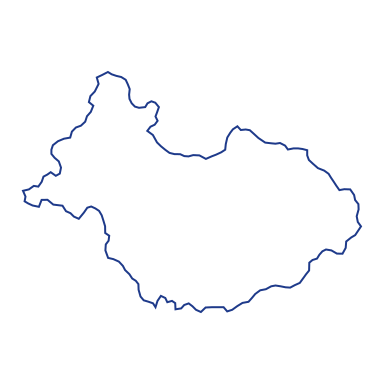 Rio Espera, Minas Gerais, Brazil
{"feature_id": "56859067B5369977360361", "entity_name": "Rio Espera", "entity_type": "district", "adm_level": 2, "iso_a3": "BRA", "parent_name": "Brazil", "parent_adm1": "Minas Gerais", "projection": "albers", "projection_center": [-43.501, -20.858], "detail": "fine", "context": "isolated", "style": "outline", "palette": "blue", "viewbox_px": 384, "rotation_deg": 0, "n_neighbors": 0, "source": "geoboundaries", "source_scale": "gbopen_adm2", "svg_char_len": 2488}
<svg xmlns="http://www.w3.org/2000/svg" viewBox="0 0 384 384"><path d="M227.2,311.4L232.2,309.8L237.3,306.1L242.5,302.9L248.5,301.8L251.9,298.0L255.3,293.9L260.2,290.3L265.9,289.2L271.2,286.3L275.5,285.5L280.6,286.3L285.6,287.3L290.2,287.6L294.7,285.2L299.8,282.9L303.3,278.1L306.1,274.2L309.1,270.5L309.3,262.7L312.5,260.0L317.0,258.6L319.4,254.7L322.4,251.3L326.0,249.5L331.4,250.4L336.9,253.6L342.5,253.7L345.7,247.9L346.2,241.5L351.3,237.4L355.2,235.1L358.0,230.9L361.0,226.4L357.8,222.0L356.7,216.3L358.6,209.4L358.4,204.1L355.1,200.0L354.1,195.0L350.2,189.4L344.3,189.2L339.4,190.1L336.3,185.7L333.5,181.4L331.0,177.7L328.6,173.8L324.2,170.6L317.9,168.1L313.0,163.8L308.9,160.0L307.2,155.4L307.2,150.2L302.5,149.0L298.1,148.4L293.5,148.4L287.9,149.5L285.1,145.6L280.0,143.0L275.5,143.7L271.3,143.3L265.2,142.6L258.4,138.0L253.6,133.6L249.8,130.2L245.7,129.5L240.8,130.0L237.4,126.3L232.9,129.3L230.3,132.7L227.3,137.5L225.8,144.0L225.2,149.7L221.2,152.3L216.0,154.7L211.8,156.3L205.9,158.9L199.4,155.4L193.2,155.1L188.5,156.4L184.3,156.1L180.2,154.2L174.4,154.1L169.5,152.9L165.4,149.9L161.0,146.3L157.0,142.4L152.9,135.0L147.3,130.9L150.5,126.7L154.7,124.7L157.6,120.8L155.5,116.5L157.0,112.5L158.9,107.1L155.3,102.7L151.4,101.3L147.5,103.3L145.2,107.1L139.0,107.8L134.9,106.6L131.7,103.3L129.5,98.9L129.1,94.7L129.7,89.1L127.8,84.3L125.7,79.8L121.2,77.0L116.4,75.9L111.7,74.3L107.9,72.0L102.1,75.0L96.8,77.5L98.6,83.9L94.8,91.5L90.4,96.1L88.9,102.1L93.3,105.7L90.8,111.9L87.0,116.2L85.2,121.7L80.9,125.7L75.9,127.5L71.9,131.6L70.2,137.6L64.0,138.7L58.0,141.2L52.9,145.2L51.4,149.7L51.4,153.9L54.6,157.8L58.8,161.4L61.0,167.6L59.8,173.6L55.8,175.8L50.7,172.2L47.3,174.6L43.5,176.6L41.7,181.8L38.3,186.6L33.8,185.9L28.9,189.4L23.0,190.8L25.5,196.6L24.6,201.3L28.1,203.4L32.6,205.5L38.9,206.8L41.6,199.9L47.5,199.8L53.3,204.6L62.5,205.7L66.0,211.2L70.5,213.2L73.9,216.6L78.8,218.8L83.9,212.6L87.3,207.7L91.2,206.5L95.3,208.4L99.1,210.9L101.7,215.3L103.3,220.3L105.1,226.3L105.2,233.0L109.2,235.7L108.6,240.7L105.8,244.4L105.4,250.4L108.1,257.9L113.3,259.1L118.9,261.6L122.9,265.9L125.1,270.1L129.4,274.2L132.2,278.5L135.8,280.8L138.4,284.1L138.6,289.8L140.5,296.5L143.7,300.3L148.7,301.8L153.0,303.3L155.5,307.2L157.5,300.9L160.9,295.9L165.3,298.0L167.3,302.2L172.0,300.9L175.2,303.1L175.5,309.3L181.2,308.4L184.2,305.0L188.7,303.4L192.5,306.3L196.0,309.8L200.9,312.0L205.6,307.5L212.0,307.2L218.0,307.2L223.6,307.2L227.2,311.4Z" fill="none" stroke="#1e3a8a" stroke-width="2"/></svg>